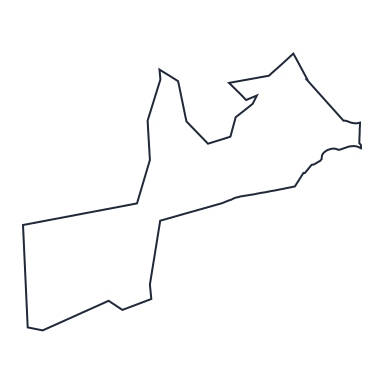 San Andrés Ixtlahuaca, Oaxaca, Mexico (Mercator projection)
{"feature_id": "50627088B44383095655598", "entity_name": "San Andrés Ixtlahuaca", "entity_type": "district", "adm_level": 2, "iso_a3": "MEX", "parent_name": "Mexico", "parent_adm1": "Oaxaca", "projection": "mercator", "projection_center": [-96.838, 17.059], "detail": "fine", "context": "isolated", "style": "outline", "palette": "slate", "viewbox_px": 384, "rotation_deg": 0, "n_neighbors": 0, "source": "geoboundaries", "source_scale": "gbopen_adm2", "svg_char_len": 1638}
<svg xmlns="http://www.w3.org/2000/svg" viewBox="0 0 384 384"><path d="M42.7,330.4L108.6,300.8L122.4,309.9L151.3,299.0L149.9,284.5L154.2,257.9L160.2,220.7L185.9,213.4L222.3,203.1L225.4,201.8L227.5,201.0L228.9,200.4L230.7,199.9L234.6,198.0L235.2,197.8L239.0,196.9L240.2,196.5L252.7,194.5L254.4,194.3L255.9,193.9L257.9,193.5L261.6,192.8L265.1,192.3L272.0,190.9L273.1,190.8L276.7,190.1L283.2,188.8L285.0,188.5L285.5,188.3L290.8,187.3L294.9,186.4L303.4,173.0L303.8,172.9L304.8,173.1L311.4,165.1L311.6,164.9L314.3,164.3L314.9,163.9L315.2,163.7L316.6,162.9L319.0,161.5L320.2,160.8L320.9,160.0L321.6,159.2L321.7,158.6L321.7,157.6L321.8,156.7L322.0,155.8L322.5,154.3L322.8,153.9L323.0,153.6L323.4,153.2L324.1,152.3L324.7,151.9L325.4,151.4L325.7,151.2L326.0,151.0L326.7,150.5L326.8,150.4L327.2,150.2L327.8,149.9L329.0,149.6L330.4,149.0L333.1,148.6L335.4,148.7L336.4,149.1L337.7,149.5L338.4,149.8L340.1,149.6L344.4,148.1L347.3,147.1L348.7,146.6L352.3,146.1L355.0,146.1L357.7,146.7L360.0,147.8L361.0,148.2L360.9,145.0L359.3,143.1L359.3,141.8L359.5,136.8L359.7,132.5L359.7,129.3L359.9,126.3L360.0,124.1L360.0,122.6L358.3,123.0L356.6,123.3L354.8,123.3L351.2,122.7L347.2,121.2L345.4,120.7L343.5,120.7L306.6,79.5L307.3,79.4L295.9,58.2L293.3,53.6L286.9,59.5L281.1,64.8L270.8,74.0L269.0,75.7L229.0,82.9L241.2,94.9L246.1,100.0L256.9,95.5L252.7,103.8L240.2,113.7L235.7,117.2L230.4,136.7L208.0,143.7L186.5,121.5L185.5,117.0L179.0,85.3L178.4,82.7L178.3,82.0L178.2,81.7L178.1,81.2L169.1,75.5L165.8,73.5L163.5,72.1L159.5,69.6L160.4,79.5L147.6,120.7L149.9,160.0L137.0,203.4L23.0,225.0L27.7,327.4L42.7,330.4Z" fill="none" stroke="#1e293b" stroke-width="2"/></svg>